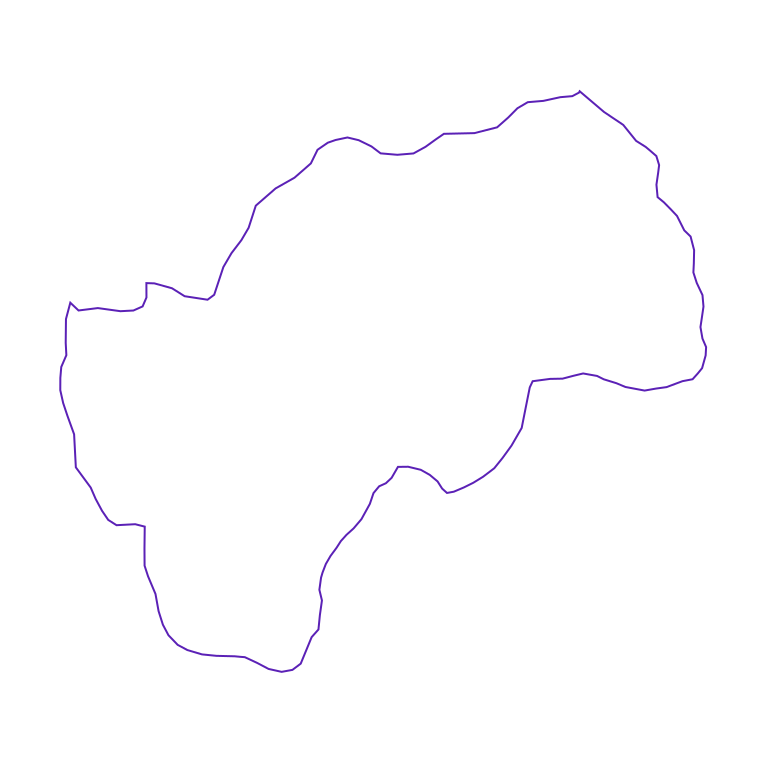 the district of Julau, Sarawak, Malaysia, rotated 87°
{"feature_id": "92858781B53713616698711", "entity_name": "Julau", "entity_type": "district", "adm_level": 2, "iso_a3": "MYS", "parent_name": "Malaysia", "parent_adm1": "Sarawak", "projection": "mercator", "projection_center": [111.958, 1.83], "detail": "fine", "context": "isolated", "style": "outline", "palette": "violet", "viewbox_px": 768, "rotation_deg": 87, "n_neighbors": 0, "source": "geoboundaries", "source_scale": "gbopen_adm2", "svg_char_len": 2051}
<svg xmlns="http://www.w3.org/2000/svg" viewBox="0 0 768 768"><g transform="rotate(87 384 384)"><path d="M286.4,693.0L302.5,698.2L326.3,699.7L338.6,699.7L350.1,705.4L361.0,706.9L373.2,707.6L386.2,705.4L399.2,701.8L418.0,696.1L430.9,696.1L451.1,696.1L472.1,682.3L483.6,678.0L495.9,672.2L505.3,666.5L511.0,658.5L511.0,639.8L513.9,630.4L535.6,631.8L552.9,632.6L563.7,629.7L581.7,623.2L599.0,621.0L612.8,617.4L623.6,612.4L633.7,603.7L639.4,594.3L644.5,579.9L646.7,565.5L648.1,547.4L649.0,541.3L649.5,537.3L656.0,525.1L662.5,514.2L666.1,501.3L664.7,490.4L658.9,481.8L633.0,469.5L625.7,462.3L611.3,460.1L596.9,457.3L586.1,459.3L574.1,457.0L569.0,455.2L560.7,451.5L552.9,446.4L545.0,439.9L538.6,435.3L532.6,429.3L526.6,421.9L517.8,413.6L503.0,404.4L492.4,400.2L485.9,394.2L483.2,387.3L478.1,381.3L467.5,374.4L467.9,364.2L471.6,351.8L477.2,343.0L484.1,335.6L491.5,331.4L496.1,326.8L495.2,319.9L491.5,309.7L487.3,300.0L481.8,289.9L473.9,278.3L464.2,269.6L452.2,259.9L435.1,248.8L413.0,243.2L395.0,238.6L389.0,235.4L387.6,217.9L388.0,205.4L385.7,194.3L383.9,184.6L387.1,170.8L390.8,164.3L395.4,151.8L399.6,143.1L404.2,124.1L402.8,112.6L401.9,102.0L396.8,85.8L395.4,75.6L389.9,70.1L384.8,65.5L372.3,61.3L364.0,60.4L355.3,63.6L343.7,65.0L334.9,63.2L323.4,60.9L311.9,61.3L299.4,66.4L288.8,69.2L280.0,68.3L266.6,67.3L252.8,70.1L246.3,76.1L231.5,82.6L225.0,88.1L217.2,95.0L211.7,101.0L199.2,101.5L187.6,99.2L179.8,97.8L170.6,100.1L164.9,106.0L160.9,110.3L154.4,119.5L137.8,131.5L123.9,150.0L101.9,173.3L103.2,174.0L106.4,180.9L106.8,192.9L109.6,210.0L110.1,225.7L115.6,236.3L124.4,246.0L133.6,257.6L138.2,280.6L137.3,311.1L142.4,319.4L149.3,330.1L155.3,342.5L155.8,358.7L153.5,375.3L146.1,384.1L139.2,396.5L135.9,407.6L137.8,419.6L140.1,427.5L146.6,438.1L159.9,445.5L173.3,462.6L183.0,482.0L199.2,502.7L220.9,511.0L232.9,518.9L245.4,529.5L258.8,538.3L286.0,548.9L290.6,555.8L285.9,578.5L277.3,590.7L271.5,608.0L270.8,616.0L285.2,616.7L293.9,621.0L297.5,630.4L297.5,643.4L293.2,665.8L294.6,685.2L286.4,693.0Z" fill="none" stroke="#5b21b6" stroke-width="2"/></g></svg>